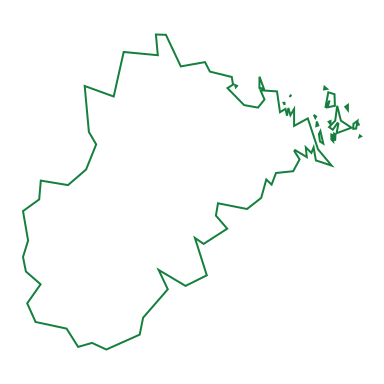 the district of Whitsunday, Queensland, Australia
{"feature_id": "25037944B87142005071762", "entity_name": "Whitsunday", "entity_type": "district", "adm_level": 2, "iso_a3": "AUS", "parent_name": "Australia", "parent_adm1": "Queensland", "projection": "albers", "projection_center": [148.444, -20.698], "detail": "medium", "context": "isolated", "style": "outline", "palette": "green", "viewbox_px": 384, "rotation_deg": 0, "n_neighbors": 0, "source": "geoboundaries", "source_scale": "gbopen_adm2", "svg_char_len": 1892}
<svg xmlns="http://www.w3.org/2000/svg" viewBox="0 0 384 384"><path d="M96.2,144.4L86.1,169.5L68.0,185.1L40.8,180.6L39.2,199.4L23.0,211.1L28.1,240.6L23.0,257.0L25.9,271.5L40.6,284.3L27.2,303.3L35.6,322.0L66.6,328.6L78.1,346.9L92.0,342.9L106.3,349.5L139.7,334.6L143.1,317.7L167.8,289.3L158.6,269.9L185.5,285.9L206.8,275.3L194.9,237.9L203.6,243.9L227.2,228.7L215.9,215.6L218.0,203.3L247.0,209.0L261.2,197.9L266.3,179.5L271.6,184.6L276.0,173.0L293.2,171.2L299.6,159.4L294.4,151.1L295.1,150.1L306.8,157.1L305.8,147.4L311.4,152.9L313.6,147.4L315.9,160.4L331.6,165.6L318.0,149.3L307.8,118.4L294.1,125.9L294.1,109.0L290.4,115.2L288.4,108.0L287.0,115.7L285.5,108.9L280.0,112.2L277.0,91.4L260.5,90.3L264.5,99.5L258.0,107.6L244.1,105.1L227.5,88.1L233.0,84.6L231.8,77.0L209.9,71.6L205.0,62.1L180.8,66.4L165.9,34.8L155.9,34.5L157.8,55.2L123.7,52.0L113.7,96.5L84.7,86.0L88.9,132.0L96.2,144.4ZM335.2,120.7L329.1,127.1L332.8,129.7L337.4,123.1L338.4,123.7L336.6,133.2L351.5,127.7L340.9,120.7L337.2,105.8L335.2,120.7ZM334.5,94.2L328.3,92.3L325.4,107.8L329.6,100.5L327.6,107.3L334.9,105.8L334.5,94.2ZM263.9,88.7L259.5,76.7L259.4,87.9L263.9,88.7ZM323.3,143.6L320.4,131.1L318.9,134.2L320.0,141.5L323.3,143.6ZM357.5,120.8L353.4,123.9L353.3,128.8L356.1,128.6L357.5,120.8ZM335.1,140.8L335.5,134.5L334.2,133.7L335.1,140.8ZM318.3,125.4L316.8,121.5L316.3,126.1L318.3,125.4ZM333.2,141.4L332.5,134.9L331.3,134.5L331.4,139.6L333.2,141.4ZM324.1,89.4L327.0,88.9L324.5,86.8L324.1,89.4ZM347.9,104.9L345.3,106.8L347.9,110.1L347.9,104.9ZM328.7,121.8L330.4,124.0L330.5,121.0L328.7,121.8ZM315.3,118.0L316.1,116.6L313.9,114.9L315.3,118.0ZM235.2,85.1L235.8,87.3L237.0,85.9L235.2,85.1ZM359.4,137.1L361.0,136.3L359.9,135.5L359.4,137.1ZM283.6,102.8L284.6,104.9L284.5,102.8L283.6,102.8ZM357.6,124.9L358.8,124.6L358.1,123.2L357.6,124.9ZM289.4,96.8L290.8,95.7L290.7,95.5L289.4,96.8Z" fill="none" stroke="#15803d" stroke-width="2"/></svg>